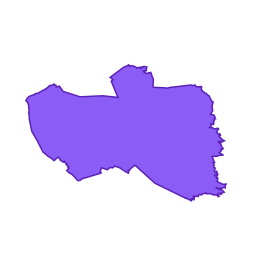 the district of Meierijstad, Noord-Brabant, Netherlands, rotated 188°
{"feature_id": "6326949B86116845039505", "entity_name": "Meierijstad", "entity_type": "district", "adm_level": 2, "iso_a3": "NLD", "parent_name": "Netherlands", "parent_adm1": "Noord-Brabant", "projection": "natural_earth1", "projection_center": [5.498, 51.588], "detail": "fine", "context": "isolated", "style": "filled", "palette": "violet", "viewbox_px": 256, "rotation_deg": 188, "n_neighbors": 0, "source": "geoboundaries", "source_scale": "gbopen_adm2", "svg_char_len": 5447}
<svg xmlns="http://www.w3.org/2000/svg" viewBox="0 0 256 256"><g transform="rotate(188 128 128)"><path d="M61.3,179.3L63.6,178.7L65.6,178.4L65.7,178.5L66.3,178.3L67.6,179.9L69.0,179.4L69.8,178.9L70.6,179.2L71.9,179.3L92.8,173.8L94.2,173.1L94.6,173.0L98.4,172.8L105.5,172.1L108.4,171.9L108.8,172.3L109.0,172.3L109.2,173.3L109.2,173.9L109.1,174.6L109.4,176.0L109.5,178.6L109.7,179.9L109.8,180.0L111.1,182.2L113.1,186.1L113.4,185.7L113.7,185.6L114.2,185.6L115.3,185.8L116.6,184.4L119.3,185.4L119.0,185.9L119.0,186.0L119.8,185.6L120.0,185.9L120.6,186.3L120.7,186.5L120.2,187.0L118.7,187.4L118.0,187.4L117.8,187.4L117.8,187.7L118.0,188.2L118.1,188.7L117.8,189.7L118.0,190.5L117.9,191.1L120.1,191.2L121.9,190.8L121.8,190.5L122.2,190.4L122.3,190.3L122.8,190.1L122.7,189.6L124.0,188.8L124.4,189.9L126.0,189.4L127.4,188.4L128.0,189.0L128.6,189.4L131.8,190.3L133.4,189.7L133.8,190.1L134.5,189.2L136.3,190.7L137.2,189.6L140.6,187.7L146.2,182.2L152.7,175.7L149.5,173.6L151.1,172.0L142.2,156.9L157.1,156.4L160.7,155.8L179.8,152.2L197.4,155.2L199.4,157.4L201.1,158.8L200.8,158.9L201.8,159.9L204.7,158.7L205.1,159.7L205.3,160.2L205.5,160.4L206.6,160.2L206.8,160.5L207.2,161.1L207.3,161.2L207.6,160.7L208.1,160.6L208.3,160.3L208.5,160.1L208.6,159.9L209.2,159.8L210.2,159.4L211.4,159.2L212.1,158.4L212.5,158.1L212.4,157.9L212.6,157.5L212.7,157.4L213.0,157.0L213.5,156.8L213.6,156.3L213.9,156.2L214.1,155.9L214.5,155.7L214.9,155.2L215.5,155.0L215.8,154.4L216.0,154.2L216.8,153.9L216.9,153.6L217.0,153.6L217.6,153.4L218.3,152.7L218.9,152.5L219.1,152.0L220.2,151.5L220.8,150.7L221.4,150.4L222.1,149.9L222.9,149.6L223.2,149.5L223.5,149.4L224.5,149.3L225.3,148.2L225.7,147.9L229.0,146.3L230.5,145.3L230.8,144.9L231.8,143.5L232.8,141.5L232.9,141.0L232.8,140.7L232.6,140.5L231.5,139.8L231.1,139.4L230.0,137.5L229.4,136.0L229.0,133.8L228.3,131.5L228.5,129.2L228.4,128.8L227.7,127.3L227.8,127.3L227.8,127.0L227.6,126.6L227.0,123.2L222.8,111.3L216.0,102.7L213.7,99.2L213.3,99.1L212.7,98.0L212.5,97.5L212.3,97.3L212.3,97.1L211.7,96.6L211.5,96.2L209.8,93.7L208.9,92.5L208.3,92.0L205.3,90.3L203.2,88.8L201.1,88.0L198.9,86.9L196.8,85.4L196.1,85.9L195.3,87.1L193.0,89.5L190.4,87.0L190.4,86.9L190.3,87.0L187.7,85.1L186.5,86.2L186.2,85.4L183.5,83.9L184.1,83.2L181.6,81.4L182.1,80.9L180.9,80.0L182.1,78.6L182.4,78.1L182.7,77.1L180.0,75.5L179.5,75.4L179.5,75.1L178.8,75.0L177.2,74.4L176.4,74.0L175.8,73.3L173.5,71.7L172.6,70.7L171.3,69.6L170.5,69.1L169.7,68.9L167.8,69.8L165.9,71.7L165.1,71.9L150.1,78.8L148.9,79.3L148.7,79.3L148.7,79.5L148.8,79.6L148.5,80.3L149.6,80.4L148.9,84.7L148.6,84.8L145.2,84.3L142.6,83.8L142.3,84.0L140.7,86.2L137.3,86.5L136.9,87.1L135.8,88.6L134.8,88.2L132.0,87.7L130.3,87.3L128.8,86.5L125.8,85.1L123.9,84.2L121.4,83.3L121.3,83.5L121.2,83.7L121.5,84.8L121.5,85.0L121.4,85.0L122.0,85.9L120.5,86.4L120.2,87.1L119.9,87.9L118.3,89.8L115.8,92.1L110.8,88.7L110.5,88.5L108.1,86.8L106.7,86.0L105.5,85.1L102.2,82.8L101.5,82.4L101.1,82.3L100.9,82.0L98.6,80.4L96.5,79.0L96.1,78.8L94.9,77.9L94.2,77.4L92.3,76.6L61.0,66.4L60.8,66.8L60.2,66.4L55.2,64.8L55.3,65.2L55.6,66.3L52.9,66.0L52.7,66.4L54.4,66.6L53.7,67.3L53.7,67.6L52.6,67.6L52.5,68.5L52.6,68.9L52.9,68.9L53.0,69.0L53.7,69.2L53.5,69.9L52.5,69.7L48.8,70.0L48.8,71.8L46.1,72.3L46.0,72.0L45.6,72.3L44.5,73.4L41.6,74.6L41.2,73.7L40.5,73.9L38.8,74.2L37.5,74.3L36.8,74.3L34.0,73.8L33.8,73.5L33.6,73.5L32.9,74.0L30.4,73.7L29.7,73.6L29.2,72.6L28.7,73.2L28.4,73.3L29.7,74.2L29.1,74.3L29.3,75.0L29.1,75.1L29.5,75.7L27.7,76.2L27.0,75.2L26.4,75.4L26.9,76.4L26.8,76.5L26.0,76.8L26.0,76.7L23.8,77.8L24.8,78.7L26.1,79.5L26.9,79.8L28.2,80.0L29.4,79.6L29.8,80.3L32.2,80.9L32.0,81.2L30.9,81.0L28.8,80.8L27.2,81.1L25.8,81.9L24.7,82.4L24.3,82.4L23.4,82.2L23.6,84.8L23.4,85.6L23.1,85.8L23.2,86.2L23.6,86.0L24.8,85.7L26.1,85.5L29.7,86.5L32.2,87.5L32.1,88.6L32.1,90.4L32.8,90.5L32.4,90.9L32.3,91.1L34.6,92.4L35.3,93.0L34.9,93.1L33.0,93.2L32.6,94.5L34.1,95.0L33.1,95.2L34.1,97.5L35.2,97.2L36.3,97.1L36.5,98.5L36.0,100.4L37.9,101.7L37.5,103.7L37.8,104.5L38.9,105.6L37.6,106.1L38.0,106.5L40.7,111.7L39.2,112.0L37.4,112.0L36.7,112.2L35.8,112.5L33.9,113.5L30.2,114.4L30.2,114.5L30.5,114.4L30.5,114.6L34.3,116.4L33.1,117.5L32.1,119.6L32.7,119.9L31.4,120.4L30.8,120.7L33.0,123.1L34.3,126.0L34.8,125.7L34.9,125.4L35.1,125.5L35.3,126.1L35.2,126.1L36.8,126.9L36.6,127.4L36.4,127.4L34.6,127.4L33.6,127.0L32.0,127.9L30.8,128.8L31.8,129.1L32.7,129.5L33.1,129.8L33.9,130.3L33.9,130.2L34.1,130.5L35.6,131.8L36.9,132.7L36.9,132.8L36.5,133.5L35.5,133.7L36.3,135.2L36.8,135.2L36.6,135.1L36.5,134.7L36.6,134.4L37.0,134.4L37.4,134.5L37.7,134.7L39.0,135.8L39.2,136.0L39.7,135.9L39.8,136.0L39.4,136.9L39.0,138.3L38.6,138.7L38.2,139.5L38.2,139.8L38.7,140.0L39.0,140.3L40.5,139.7L40.9,139.5L41.2,139.2L41.7,139.2L42.6,139.3L43.2,139.5L44.7,140.1L45.2,140.1L46.0,139.7L47.3,139.9L47.2,140.1L46.6,140.7L45.9,141.8L46.2,143.6L46.3,143.8L45.4,143.6L45.2,143.7L44.3,143.2L44.0,143.3L43.8,143.6L43.8,144.1L43.7,144.2L43.9,144.4L44.0,144.7L43.9,145.2L43.8,145.5L43.9,146.1L44.2,146.3L43.5,147.5L44.0,149.1L43.7,149.2L43.3,149.1L42.8,149.2L43.0,149.4L43.5,151.1L43.8,151.7L44.5,152.5L45.6,153.0L48.2,152.9L46.5,156.9L47.5,160.0L47.7,161.9L47.8,162.7L47.7,164.1L47.4,164.1L47.5,165.8L48.4,165.7L52.5,171.5L53.3,171.1L54.4,172.2L54.8,172.7L55.2,173.1L55.4,173.1L56.2,173.2L56.5,173.2L57.5,174.0L58.9,174.6L59.3,175.0L60.2,175.8L60.7,176.5L60.9,177.5L61.0,177.7L61.0,177.8L61.5,178.9L61.0,179.0L61.3,179.3Z" fill="#8b5cf6" stroke="#5b21b6" stroke-width="1.5"/></g></svg>